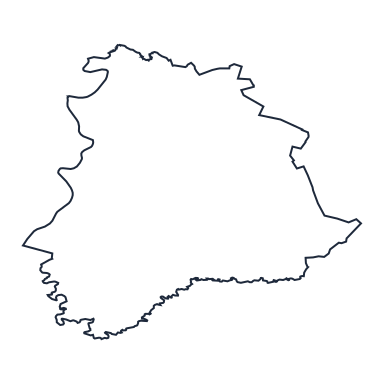 Liepas pag., Priekulu, Latvia (Robinson projection)
{"feature_id": "27541924B93252859491406", "entity_name": "Liepas pag.", "entity_type": "district", "adm_level": 2, "iso_a3": "LVA", "parent_name": "Latvia", "parent_adm1": "Priekulu", "projection": "robinson", "projection_center": [25.432, 57.391], "detail": "fine", "context": "isolated", "style": "outline", "palette": "slate", "viewbox_px": 384, "rotation_deg": 0, "n_neighbors": 0, "source": "geoboundaries", "source_scale": "gbopen_adm2", "svg_char_len": 5824}
<svg xmlns="http://www.w3.org/2000/svg" viewBox="0 0 384 384"><path d="M68.2,96.3L68.6,96.6L67.5,97.8L67.8,100.2L67.4,103.4L67.6,106.3L69.4,109.7L76.7,119.7L78.2,122.3L79.1,126.4L78.9,130.9L79.3,132.1L80.8,134.4L83.3,136.3L92.9,140.1L93.2,142.2L93.0,143.7L92.1,145.8L91.0,147.0L84.3,150.3L82.1,152.1L81.3,153.5L81.4,155.5L82.0,158.0L81.8,159.2L79.9,162.8L76.9,166.5L73.8,168.3L70.7,169.0L62.9,168.2L60.6,168.4L59.8,169.0L58.5,170.9L58.2,172.6L58.6,173.5L66.3,181.4L70.8,187.8L72.0,190.4L72.7,192.8L72.7,195.2L72.0,197.8L70.5,201.0L68.9,203.1L57.4,211.7L56.1,213.5L52.4,220.7L49.9,223.5L44.9,226.6L37.2,229.2L34.0,231.2L27.3,239.0L23.0,245.5L52.3,253.4L51.8,258.3L52.2,258.8L49.5,259.8L40.4,264.9L41.5,264.8L41.7,266.4L41.5,267.2L40.5,268.2L40.3,270.2L42.0,272.3L42.8,272.7L46.9,273.0L48.6,273.6L49.7,274.5L49.1,276.5L46.8,277.5L46.8,278.2L44.9,279.0L44.3,280.1L42.7,281.1L42.9,281.7L44.0,282.9L46.9,283.3L49.0,282.3L54.1,281.5L55.5,281.7L58.2,282.9L57.9,284.1L55.2,285.7L54.8,286.6L55.9,288.7L55.8,290.5L55.4,291.2L54.7,291.8L52.0,292.5L51.6,293.1L52.1,293.9L51.8,294.6L47.7,295.0L48.3,296.1L52.0,299.0L56.3,300.3L56.7,300.1L56.0,297.6L56.5,296.2L58.3,295.1L61.6,294.7L64.4,296.1L65.5,297.2L66.6,301.3L60.6,304.0L59.7,306.8L60.1,307.5L60.1,308.9L60.7,309.3L62.2,309.4L62.6,309.0L62.0,308.3L63.8,307.9L65.8,308.6L65.9,309.1L64.6,309.6L63.8,310.4L63.4,311.3L63.8,313.0L63.4,313.4L60.2,314.4L57.4,314.6L56.0,316.1L55.6,317.2L56.7,319.8L56.8,322.3L60.2,325.0L63.1,324.5L63.9,323.5L63.4,321.5L61.7,319.6L61.8,318.8L62.4,318.7L66.2,319.5L70.4,321.2L73.1,320.3L74.0,320.5L76.7,321.6L77.6,322.9L79.5,322.3L80.2,321.5L80.4,320.2L81.0,319.8L85.3,319.0L90.4,320.0L93.4,318.7L93.7,319.3L93.0,321.8L92.0,322.5L88.6,323.2L88.4,323.8L89.7,328.3L90.3,328.8L90.4,330.2L88.2,331.4L84.7,332.1L84.2,332.5L84.3,333.3L90.7,335.4L93.0,334.8L93.8,337.9L94.7,338.5L98.9,337.7L100.2,337.8L101.2,338.4L101.5,339.1L104.6,337.9L106.8,338.3L108.3,337.8L108.6,336.4L108.2,335.1L105.2,333.1L105.0,332.7L105.8,332.0L110.9,333.1L111.8,334.0L116.0,334.8L117.9,332.5L120.6,332.9L121.8,332.5L121.0,331.3L121.1,330.7L122.4,329.8L123.2,330.4L125.7,330.3L126.1,329.9L126.2,328.6L126.9,328.3L133.9,327.0L134.6,326.2L136.9,325.5L137.3,325.2L138.1,323.2L138.1,321.8L138.6,321.3L140.8,320.7L146.9,321.1L147.2,320.4L146.2,319.7L143.9,318.7L142.0,318.5L141.9,317.4L144.7,315.6L144.7,314.3L145.3,313.9L148.8,313.9L149.4,314.4L150.5,313.9L150.7,313.6L149.7,312.5L151.2,310.1L153.8,308.1L153.8,305.8L154.9,304.9L157.1,304.1L158.1,304.6L160.3,305.0L159.6,304.0L159.7,303.4L163.1,302.9L163.8,302.3L164.1,300.3L161.1,298.1L160.7,297.5L160.7,297.0L161.4,296.5L162.8,296.5L165.5,298.3L168.0,298.7L168.3,298.1L167.6,297.0L168.6,296.0L171.2,297.7L171.7,297.5L171.4,296.4L173.0,294.8L175.0,295.5L178.0,295.6L178.1,295.0L176.2,291.9L176.9,289.7L178.2,289.0L178.8,289.6L181.7,289.0L184.2,289.7L185.6,289.2L187.5,289.3L188.2,288.1L187.1,286.8L190.0,285.8L190.8,284.8L192.1,284.0L190.8,282.7L191.0,281.7L190.6,279.7L191.1,279.0L192.6,279.3L195.5,277.9L197.5,278.0L198.0,278.3L197.7,278.9L196.4,279.1L195.8,279.7L196.9,280.5L200.6,279.9L201.3,279.2L203.5,280.0L207.1,279.8L207.5,279.5L206.8,278.5L208.0,278.5L209.3,279.1L212.7,278.8L213.6,279.5L212.4,280.1L212.7,280.4L217.8,280.7L218.0,279.3L218.6,279.2L219.5,279.5L218.9,280.6L219.9,281.5L221.8,281.6L222.9,280.5L227.5,281.3L230.2,280.2L231.8,280.0L232.2,279.4L231.0,278.8L230.9,278.3L232.2,277.6L233.6,277.9L233.6,278.4L236.1,279.4L236.7,281.1L237.5,282.1L240.9,282.8L247.9,281.3L249.8,282.2L251.7,282.2L253.3,280.8L254.4,280.3L258.5,280.7L260.4,279.1L260.8,278.0L261.5,277.9L262.8,278.3L263.0,280.4L266.6,281.0L267.2,281.3L267.6,282.8L268.0,282.9L273.5,281.7L273.9,281.2L273.5,280.6L273.7,280.1L274.9,280.4L275.4,281.8L276.4,281.8L277.0,281.4L277.0,280.7L279.5,279.6L283.1,280.0L285.8,279.0L286.4,278.3L287.2,278.8L287.1,279.5L288.3,280.2L289.0,280.0L288.8,278.9L290.9,278.4L292.4,278.7L294.6,280.0L299.8,279.0L300.6,278.2L300.1,277.0L300.4,276.5L302.1,276.0L303.8,276.2L304.2,272.6L306.2,269.2L308.1,267.1L307.5,266.8L305.9,263.1L305.6,257.8L313.1,257.4L318.6,256.3L324.2,256.9L328.7,253.5L330.1,249.4L338.8,242.7L341.5,243.2L346.1,241.6L346.6,238.4L361.0,223.4L356.3,219.2L348.6,222.4L337.3,218.6L324.5,215.6L317.9,203.3L313.1,190.4L312.5,187.2L311.8,185.5L307.8,175.3L303.6,166.4L296.9,168.5L292.5,161.6L293.9,160.4L290.1,155.6L292.5,146.6L300.8,148.6L305.6,142.1L305.4,141.5L308.5,137.0L308.6,135.8L308.0,132.4L302.0,130.0L302.3,129.5L280.5,119.5L259.2,115.1L263.4,106.5L243.6,95.2L241.3,90.1L253.8,86.8L253.8,85.4L253.3,85.2L249.9,79.3L237.9,78.6L241.7,66.6L234.1,64.1L229.7,66.1L229.3,68.4L219.9,68.4L217.4,68.8L212.3,70.0L199.4,74.8L196.5,71.4L194.9,68.7L194.7,66.7L194.0,65.6L191.1,62.8L187.7,64.7L186.7,66.3L185.4,67.1L174.5,65.4L172.7,65.7L170.5,59.8L168.7,60.7L166.6,58.0L162.0,56.3L159.0,54.4L157.4,52.8L154.6,52.0L153.1,52.4L152.7,53.2L152.0,52.8L150.7,53.9L149.4,54.3L149.6,55.5L150.2,55.5L150.4,56.1L150.3,56.5L149.5,56.7L150.7,56.9L150.5,57.3L151.1,57.7L151.8,57.7L151.4,59.1L149.3,59.4L148.7,60.6L147.5,59.8L146.1,60.1L143.5,58.6L143.0,58.9L142.8,57.9L142.2,57.6L142.5,57.1L141.9,57.2L141.8,56.6L141.4,56.6L141.9,56.2L140.1,54.6L140.2,54.0L139.3,52.9L137.3,52.6L135.5,51.7L132.9,49.8L130.4,49.5L126.4,47.5L125.6,46.5L124.4,45.8L120.6,45.1L120.4,45.5L119.5,44.9L118.0,45.5L117.6,45.2L116.4,46.7L117.0,47.4L116.6,47.9L116.7,48.4L115.8,48.4L116.0,48.9L115.1,50.5L113.6,50.9L113.4,50.3L112.7,50.5L112.7,51.0L112.0,51.2L112.5,51.5L109.6,52.4L108.7,53.0L109.6,53.5L110.0,55.1L109.7,56.2L107.8,57.6L104.9,58.6L93.9,57.1L88.0,58.7L88.6,60.5L88.6,61.7L88.0,63.0L83.3,68.2L83.3,69.8L84.6,71.0L90.3,72.1L102.0,69.4L106.0,69.8L107.5,70.8L107.9,71.9L107.7,72.8L106.8,76.9L105.7,79.5L97.6,89.6L94.7,92.4L91.4,94.7L87.6,96.7L86.2,97.1L82.5,97.7L78.6,97.7L69.3,96.1L68.2,96.3Z" fill="none" stroke="#1e293b" stroke-width="2"/></svg>